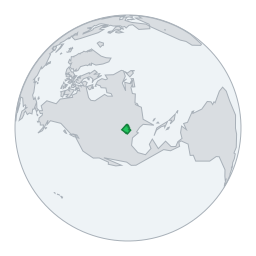 Arkansas highlighted on a globe, orthographic projection, rotated 311°
{"feature_id": "USA-3528", "entity_name": "Arkansas", "entity_type": "State", "adm_level": 1, "iso_a3": "USA", "parent_name": "United States of America", "parent_adm1": "", "projection": "orthographic", "projection_center": [-91.2, 34.755], "detail": "medium", "context": "on_globe", "style": "filled", "palette": "green", "viewbox_px": 256, "rotation_deg": 311, "n_neighbors": 0, "source": "natural_earth", "source_scale": "10m", "svg_char_len": 9762}
<svg xmlns="http://www.w3.org/2000/svg" viewBox="0 0 256 256"><g transform="rotate(311 128 128)"><circle cx="128" cy="128" r="113" fill="#eef3f6" stroke="#a8b0b8"/><path d="M150.4,238.4L147.3,238.9L148.0,238.3L150.6,237.5L148.7,237.8L154.4,235.4L151.8,236.2L155.2,232.7L160.1,228.6L166.1,215.7L164.3,213.3L156.6,211.4L147.4,200.8L150.3,195.2L148.1,192.9L155.3,183.9L153.1,176.5L150.5,175.8L148.0,179.0L138.7,175.0L135.1,169.1L105.2,158.5L101.9,154.9L101.4,149.4L89.7,129.3L95.6,147.6L91.4,143.7L87.7,136.9L89.4,135.7L86.5,125.9L82.5,121.5L81.0,109.1L86.6,94.7L88.1,97.5L89.2,94.0L87.4,90.4L85.9,89.0L87.5,74.3L82.6,64.7L77.7,64.7L81.4,62.5L69.9,65.2L65.1,63.3L72.6,63.6L74.9,62.3L72.7,59.9L74.6,58.1L74.7,56.1L77.2,54.3L81.3,54.9L83.0,53.8L81.4,52.3L82.8,49.7L85.0,52.1L87.8,47.9L95.3,48.9L99.2,57.9L105.4,57.9L114.8,66.1L116.0,64.2L120.4,66.4L123.4,65.2L124.3,67.3L125.9,64.5L124.5,62.8L124.7,61.0L126.3,60.2L127.8,62.7L127.2,63.5L128.4,63.8L128.5,65.5L129.4,64.2L130.9,67.5L131.8,63.1L135.1,64.8L135.5,67.4L132.2,68.5L125.1,78.3L124.5,81.8L126.8,85.2L138.0,88.3L138.6,91.7L141.8,95.3L142.9,92.6L140.8,88.9L143.7,85.1L140.8,81.3L141.6,79.3L139.9,75.1L143.5,74.3L148.1,75.9L149.7,79.4L151.7,80.3L153.0,76.0L158.6,82.0L167.1,85.1L168.2,87.0L165.3,92.0L158.2,94.2L154.5,101.8L160.4,95.6L163.0,100.8L164.9,101.3L166.8,100.4L167.2,98.0L168.8,99.6L163.6,106.1L162.0,104.7L163.7,102.6L160.4,103.8L156.9,108.7L158.5,111.2L151.5,116.8L152.5,118.8L151.6,121.4L150.4,117.7L152.4,124.5L144.5,133.7L147.1,145.7L140.7,137.0L136.1,136.4L130.7,137.0L131.1,139.0L123.5,137.8L117.2,142.1L115.9,151.6L119.3,158.7L127.6,158.8L129.7,154.8L135.6,153.6L132.3,164.4L142.7,165.0L142.2,172.7L145.4,176.2L150.4,174.6L155.6,175.6L159.0,170.7L164.6,167.2L165.1,173.2L167.9,167.0L171.3,169.2L182.2,165.8L181.5,167.4L190.7,171.3L200.0,170.4L202.2,173.5L201.2,176.5L204.2,175.7L204.2,177.2L215.7,172.8L220.9,172.6L220.3,177.9L215.1,187.0L208.3,200.7L198.4,209.2L194.5,214.1L184.4,222.4L178.6,224.4L178.9,225.9L174.5,228.4L170.4,229.8L168.5,231.3L165.3,232.3L166.6,232.5L160.0,235.2L160.0,235.7L154.8,237.3L153.5,237.7L151.6,238.1L151.2,238.2L150.4,238.4ZM31.8,124.2L32.5,121.7L32.9,124.0L31.8,124.2ZM32.4,119.8L32.3,120.7L32.3,119.8L32.4,119.8ZM32.0,118.8L32.3,119.5L31.9,118.9L32.0,118.8ZM31.5,117.8L31.8,118.2L31.7,118.3L31.5,117.8ZM147.0,149.7L158.9,153.5L152.6,155.3L153.7,154.1L150.6,152.2L145.0,150.9L139.3,152.7L147.0,149.7ZM30.9,115.6L30.8,114.9L31.2,115.1L30.9,115.6ZM151.3,142.5L149.3,142.3L151.2,142.0L151.3,142.5ZM85.0,88.7L87.2,90.6L88.1,94.6L86.0,93.2L85.0,88.7ZM83.5,81.4L85.1,81.6L83.6,85.1L83.2,83.9L83.5,81.4ZM73.8,65.4L75.2,66.6L73.2,66.1L73.8,65.4ZM74.2,56.1L73.2,56.4L73.6,55.3L74.2,56.1ZM137.9,75.9L138.9,75.5L138.7,76.5L137.9,75.9ZM136.3,74.5L135.4,75.9L134.5,75.4L135.1,74.6L136.3,74.5ZM77.9,51.5L78.9,49.6L78.6,51.6L77.9,51.5ZM137.6,72.9L133.0,74.5L131.5,73.7L132.3,69.9L137.6,72.9ZM80.0,48.7L82.4,44.5L80.4,44.7L87.6,42.1L83.1,46.3L83.0,48.6L81.7,47.9L80.0,48.7ZM123.3,62.6L124.9,64.4L122.1,63.7L123.3,62.6ZM121.5,62.6L112.5,63.6L111.0,60.8L114.3,60.9L111.2,58.1L114.9,56.2L117.4,57.3L117.6,59.5L118.9,57.2L121.5,62.6ZM91.2,41.5L92.4,40.7L91.9,41.7L91.2,41.5ZM124.6,60.3L122.9,60.6L121.5,58.2L124.6,57.0L124.1,58.2L124.6,60.3ZM108.5,58.4L108.0,56.5L110.9,54.4L111.1,53.4L114.8,55.9L108.5,58.4ZM125.2,58.3L126.2,56.5L128.4,57.0L126.1,59.8L125.2,58.3ZM119.8,58.1L119.3,56.9L120.6,57.1L119.8,58.1ZM136.6,57.9L134.6,58.2L133.7,56.9L136.6,57.9ZM126.5,55.8L125.7,55.7L125.1,55.3L126.2,54.2L126.5,55.8ZM116.6,54.3L117.9,53.9L115.2,53.2L117.2,51.7L119.3,53.7L119.3,52.3L119.9,51.8L120.9,54.0L116.6,54.3ZM125.6,52.0L129.0,54.3L132.9,53.9L133.8,55.0L127.4,55.5L125.6,52.0ZM122.8,52.9L124.7,52.6L124.9,54.0L123.6,55.2L122.8,52.9ZM117.8,50.1L114.2,51.8L113.8,51.3L117.8,50.1ZM126.7,51.5L125.8,51.0L126.9,51.3L126.7,51.5ZM120.5,50.1L119.3,50.8L118.9,50.2L120.5,50.1ZM125.2,49.5L126.3,50.2L125.5,51.0L125.2,49.5ZM123.0,49.5L122.8,48.6L124.5,50.8L122.5,49.9L123.0,49.5ZM120.4,49.5L119.8,49.4L121.0,49.3L120.4,49.5ZM127.6,46.3L130.0,48.9L128.2,50.5L126.2,47.7L127.6,46.3ZM149.2,238.6L147.4,238.9L149.7,238.5L149.2,238.6ZM152.6,237.9L154.2,237.5L154.6,237.4L152.6,237.9ZM205.3,46.0L207.2,47.9L205.2,46.4L196.8,38.9L193.7,36.5L205.3,46.0ZM189.5,33.6L190.6,34.5L186.3,31.8L190.9,34.9L191.0,34.8L193.9,36.9L193.9,37.2L192.4,36.1L193.7,37.4L200.6,42.6L201.6,43.0L206.6,48.4L208.7,49.8L211.0,52.3L208.5,51.0L206.6,49.4L204.2,50.6L206.6,52.6L209.0,51.8L209.5,52.8L212.8,56.0L210.6,54.4L207.3,55.2L210.0,61.3L218.3,73.6L218.9,77.5L217.3,79.4L209.5,71.5L209.0,63.8L206.2,61.4L202.2,61.0L202.4,58.8L200.7,57.9L200.1,55.2L195.3,50.0L194.1,47.4L188.3,44.4L186.9,42.8L190.7,44.9L192.7,45.2L189.2,39.4L187.4,38.0L183.9,36.6L183.4,35.4L180.5,34.9L176.6,31.6L178.9,35.2L174.9,34.2L170.4,32.0L169.5,32.4L176.8,36.1L179.3,37.1L180.8,36.8L188.0,40.7L190.1,42.9L184.1,41.8L186.3,45.0L180.6,43.1L164.4,33.4L159.7,30.2L160.0,26.0L163.3,26.8L164.9,28.7L167.0,27.4L165.1,27.3L164.7,26.4L160.7,25.6L160.2,24.9L157.3,25.4L156.2,24.5L158.1,24.3L151.4,22.7L148.1,21.2L146.8,21.2L146.4,21.6L142.6,19.7L141.8,19.8L142.7,20.4L141.8,21.1L138.6,21.8L137.5,21.0L138.5,20.7L138.8,19.1L141.6,18.7L140.8,18.5L138.1,18.7L137.7,20.6L136.1,21.2L135.8,20.2L135.8,20.6L134.7,20.7L132.5,20.2L132.6,21.3L121.6,24.4L116.2,24.1L117.2,22.6L108.3,25.0L103.0,25.0L103.9,25.5L100.2,27.4L101.8,27.4L101.9,27.8L93.3,33.4L90.3,34.4L87.6,38.0L88.0,38.4L90.1,37.8L87.6,42.1L80.4,44.7L79.7,43.7L75.6,46.3L74.7,43.8L72.1,43.2L73.5,39.5L71.2,39.6L69.9,40.6L65.9,41.7L62.3,40.9L71.1,36.9L77.7,38.5L75.5,37.3L77.8,36.3L78.1,35.2L76.4,34.6L75.1,35.3L81.5,28.9L81.0,26.8L76.7,29.4L73.2,30.9L68.9,32.2L70.0,31.5L76.9,27.6L84.0,24.3L91.3,21.5L98.9,19.2L106.5,17.4L114.3,16.2L122.2,15.5L130.0,15.4L137.9,15.8L145.7,16.8L153.5,18.3L161.1,20.3L168.5,22.9L175.8,26.0L182.8,29.6L189.5,33.6ZM239.6,113.0L239.7,113.6L239.5,128.5L238.0,128.6L232.5,122.0L231.4,115.0L228.6,109.7L219.1,78.2L220.1,75.6L216.0,62.4L216.0,61.5L219.7,65.9L219.3,62.1L215.3,57.0L213.9,55.2L218.9,61.5L223.4,68.1L227.4,75.0L230.9,82.3L233.9,89.7L236.4,97.3L238.3,105.1L239.6,113.0ZM225.8,90.7L226.9,92.4L225.8,90.7ZM182.5,165.6L183.9,166.4L182.2,166.9L182.5,165.6ZM152.0,158.1L154.4,157.8L155.7,158.6L153.9,159.2L152.0,158.1ZM171.6,154.2L174.2,154.1L171.6,155.3L171.6,154.2ZM160.7,153.9L169.5,154.5L164.4,157.6L158.8,157.2L162.5,155.9L160.7,153.9ZM150.7,146.5L152.2,146.7L151.9,148.0L150.7,146.5ZM152.7,142.2L152.1,142.4L151.3,141.6L152.7,142.2ZM163.3,100.4L163.8,100.0L165.9,99.6L165.1,100.8L163.3,100.4ZM173.3,92.5L175.7,95.4L173.5,94.0L173.0,96.0L167.8,95.9L168.4,88.0L169.1,91.5L173.3,92.5ZM160.9,94.0L164.2,94.7L160.6,94.2L160.9,94.0ZM192.0,56.1L193.1,55.5L195.3,57.2L196.8,61.3L193.7,58.8L192.0,56.1ZM194.2,54.3L187.8,52.4L186.6,50.0L188.4,51.6L188.2,50.2L191.0,52.5L196.1,52.4L198.4,53.9L199.9,60.2L198.2,57.2L197.2,57.9L194.2,54.3ZM173.6,54.3L170.8,54.1L171.8,49.1L174.3,49.8L176.0,53.8L174.0,55.2L173.6,54.3ZM139.9,66.2L138.8,67.0L138.4,66.2L139.0,64.9L139.9,66.2ZM135.7,58.1L144.4,62.3L143.6,63.3L149.7,64.9L149.8,68.2L145.9,67.0L150.5,71.0L147.0,71.3L150.4,73.7L141.6,70.7L138.6,71.3L141.9,69.3L141.8,66.1L140.9,65.0L136.1,62.2L129.7,62.3L128.6,59.5L129.6,57.4L130.9,57.0L131.2,58.9L132.9,56.9L134.3,59.4L135.7,58.1ZM141.4,38.9L141.1,40.8L144.7,38.4L146.2,40.4L146.5,40.0L148.8,41.2L152.2,42.1L152.4,43.2L153.6,43.1L155.2,44.0L157.0,44.3L157.9,46.4L160.2,47.0L159.3,47.6L162.9,48.1L160.7,48.7L162.5,50.1L163.7,48.8L164.6,60.5L166.6,65.3L169.6,69.3L165.4,70.1L159.9,67.1L154.4,62.5L153.0,57.9L151.4,59.2L150.2,57.5L152.0,57.1L148.5,56.6L148.0,55.1L143.2,51.9L138.5,52.5L136.6,51.4L138.2,50.5L135.2,50.1L136.9,47.7L135.6,47.0L136.0,44.0L139.9,42.8L138.1,42.1L138.3,40.0L141.4,38.9ZM127.9,45.4L132.2,43.3L135.1,43.4L133.2,48.6L134.1,49.6L133.0,53.2L128.8,53.0L129.5,52.0L129.2,51.0L130.6,51.4L129.3,50.3L130.2,48.9L129.4,47.6L131.0,47.2L127.9,45.4ZM214.1,58.8L213.7,57.9L212.7,56.2L214.8,58.3L214.1,58.8ZM211.9,59.5L211.3,58.3L213.8,60.2L214.1,61.2L211.9,59.5ZM209.0,56.2L211.1,58.1L210.2,57.7L209.0,56.2ZM189.9,43.9L189.1,42.8L189.8,42.9L191.2,43.9L189.9,43.9ZM152.4,33.3L151.8,34.1L151.0,33.8L147.8,34.6L146.5,33.4L147.9,32.4L152.4,33.3ZM211.0,52.0L209.9,50.7L211.5,52.6L211.0,52.0ZM150.4,32.1L149.3,32.5L149.3,31.6L150.4,32.1ZM145.4,32.5L145.1,31.5L146.0,33.3L145.4,32.5ZM137.4,23.8L143.4,23.9L146.8,23.6L147.3,22.5L149.1,24.2L143.9,24.7L137.4,23.8ZM123.6,24.3L123.2,25.5L121.7,25.2L121.6,24.9L123.6,24.3ZM124.6,24.9L127.2,26.0L125.9,26.8L124.1,25.8L124.6,24.9ZM139.0,28.4L140.9,28.5L140.8,29.1L139.0,28.4ZM60.9,37.5L60.6,37.7L60.9,37.5ZM62.6,36.3L64.9,35.0L60.9,38.0L59.4,38.9L59.9,38.3L62.0,36.7L62.3,36.5L62.6,36.3ZM64.3,35.6L66.3,34.1L74.3,30.6L75.0,30.7L66.8,34.5L68.3,33.4L67.0,33.9L64.3,35.6ZM91.5,40.4L92.3,40.7L91.0,41.0L91.5,40.4ZM102.9,27.8L102.9,28.4L101.4,28.7L102.9,27.8ZM102.0,30.5L103.7,29.7L102.4,30.8L102.0,30.5ZM107.5,27.9L104.6,29.5L106.6,27.6L107.5,27.9Z" fill="#d9dde1" stroke="#a8b0b8" stroke-width="1"/><path d="M129.4,127.5L129.5,127.6L129.4,127.7L129.4,127.8L129.2,127.9L129.2,128.0L129.0,128.4L129.0,128.6L128.9,128.7L128.8,128.8L128.7,128.8L128.7,128.7L128.7,128.8L128.5,129.1L128.4,129.2L128.5,129.3L128.4,129.4L128.3,129.5L128.2,129.5L128.3,129.6L128.2,129.7L128.2,129.8L128.3,129.8L128.2,129.9L128.1,130.0L128.1,130.3L127.9,130.3L128.0,130.4L128.1,130.5L128.0,130.8L128.2,131.0L128.1,131.4L123.3,131.4L123.3,130.3L123.3,130.2L123.2,130.3L123.1,130.2L122.9,130.2L122.9,130.3L122.8,130.2L122.7,130.2L122.8,126.7L122.6,124.5L129.6,124.6L129.8,124.8L129.8,125.0L129.7,125.0L129.5,125.3L129.4,125.3L129.3,125.5L130.3,125.5L130.3,125.8L130.0,126.1L130.0,126.3L130.0,126.5L129.9,126.5L129.8,126.8L129.7,126.8L129.8,127.1L129.8,127.3L129.6,127.3L129.5,127.5L129.4,127.5L129.4,127.5Z" fill="#22c55e" stroke="#15803d" stroke-width="1.5"/></g></svg>